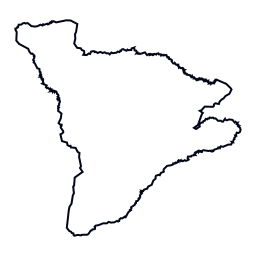 outline of Chum Ta Bong, Nakhon Sawan, Thailand
{"feature_id": "78962969B50351990269412", "entity_name": "Chum Ta Bong", "entity_type": "district", "adm_level": 2, "iso_a3": "THA", "parent_name": "Thailand", "parent_adm1": "Nakhon Sawan", "projection": "mercator", "projection_center": [99.574, 15.665], "detail": "fine", "context": "isolated", "style": "outline", "palette": "ink", "viewbox_px": 256, "rotation_deg": 0, "n_neighbors": 0, "source": "geoboundaries", "source_scale": "gbopen_adm2", "svg_char_len": 5695}
<svg xmlns="http://www.w3.org/2000/svg" viewBox="0 0 256 256"><path d="M190.0,75.2L186.8,74.7L186.9,73.9L186.4,73.6L184.5,73.6L183.9,72.4L184.4,72.1L183.9,71.5L184.4,71.5L183.9,70.5L184.6,69.9L183.3,69.8L182.9,69.1L183.5,69.4L183.4,68.5L182.6,67.9L180.5,68.1L179.4,67.0L178.9,67.5L178.5,65.6L178.2,66.0L177.5,65.4L177.7,64.7L176.1,64.7L174.9,63.1L174.7,63.7L173.2,63.4L171.6,61.3L172.0,60.3L170.9,59.3L169.6,59.2L169.3,58.3L168.8,58.5L168.7,57.8L168.1,57.6L168.5,57.2L166.9,56.6L166.4,55.0L164.5,55.3L163.9,54.8L163.1,55.5L162.0,54.8L161.1,55.5L160.7,54.3L158.9,54.4L158.4,53.4L156.5,53.8L156.2,54.5L154.4,53.9L153.6,54.0L153.4,54.8L152.4,54.4L152.3,54.9L151.0,54.2L150.9,54.7L149.6,55.1L149.6,54.0L149.1,53.9L147.0,55.1L145.0,52.4L140.3,53.9L139.1,53.4L138.8,53.9L137.2,53.5L137.3,52.8L136.6,53.1L136.9,52.6L136.2,50.7L134.6,50.4L134.3,48.5L133.5,48.1L133.8,47.7L131.6,48.4L131.3,50.0L127.5,50.2L127.3,49.8L126.4,50.7L123.0,49.1L121.7,49.6L121.0,50.9L120.3,50.7L119.5,52.1L117.6,51.6L116.5,52.7L112.8,53.2L111.4,52.5L109.7,54.4L108.5,53.3L106.4,53.3L104.6,52.3L102.6,53.0L100.3,51.9L97.7,53.0L96.1,52.0L94.8,52.1L94.8,51.5L93.9,51.1L91.2,51.5L90.0,54.0L88.7,53.5L86.6,55.1L83.3,54.8L84.3,53.2L84.0,50.9L81.8,50.0L80.8,48.3L77.1,47.8L74.2,43.5L75.3,38.7L75.0,34.1L76.0,32.3L77.3,24.0L70.7,20.5L66.3,20.3L56.1,22.4L53.7,21.2L51.6,22.6L51.5,21.5L49.5,22.9L49.6,23.5L49.0,24.0L47.8,24.4L47.3,23.7L44.1,24.8L43.1,24.3L42.5,25.5L40.4,24.7L37.7,26.1L35.2,26.6L31.4,26.1L27.7,23.1L25.5,23.5L24.7,23.0L22.9,23.3L21.3,24.6L18.7,24.7L18.1,27.0L17.5,26.8L16.6,28.4L15.4,28.6L15.5,30.0L16.7,32.0L16.3,40.6L19.1,43.9L28.2,48.8L29.4,51.7L31.2,53.8L32.3,53.6L34.4,55.6L34.5,56.4L33.9,56.6L34.3,57.9L33.1,60.0L34.2,60.9L33.6,62.4L34.9,63.4L37.3,68.3L39.4,68.9L39.7,71.9L40.5,72.1L40.7,73.1L40.1,74.1L40.9,74.6L40.3,75.2L41.1,75.2L41.2,76.4L40.4,76.9L41.3,77.0L41.1,77.5L42.4,78.5L41.8,78.9L42.7,79.4L42.4,79.8L43.1,80.0L42.9,81.4L43.5,82.9L42.3,83.6L46.7,85.5L45.9,87.2L47.0,88.2L47.9,87.8L49.5,89.4L50.2,88.6L50.7,89.5L51.7,89.3L52.0,90.3L50.8,91.2L52.4,91.0L52.8,92.0L53.7,90.6L54.6,91.0L54.8,91.9L55.3,91.2L56.4,91.6L57.0,93.9L58.1,94.5L58.5,95.9L57.6,96.8L59.0,97.9L57.3,99.0L58.2,100.3L59.4,99.7L60.0,101.8L59.0,103.8L59.2,104.9L58.1,106.1L58.1,106.9L59.0,107.4L58.0,108.7L58.4,109.4L58.1,110.8L61.5,113.6L60.8,118.3L58.6,123.1L60.3,124.7L61.6,124.7L61.6,125.9L60.8,126.4L60.7,127.5L63.1,131.0L63.3,132.1L62.3,133.4L60.4,134.3L62.0,141.1L67.0,142.6L67.5,145.2L69.3,146.0L70.5,145.8L70.9,147.4L75.6,147.9L77.7,151.9L79.5,153.0L79.1,156.9L81.0,166.3L80.0,168.0L82.6,171.9L74.7,177.6L74.1,185.6L73.2,186.5L73.9,193.2L72.8,195.5L71.5,203.7L69.5,206.8L68.8,210.2L66.8,227.8L69.2,230.9L71.2,231.9L71.8,233.0L73.4,233.4L73.7,235.3L74.3,235.7L77.7,234.9L81.0,235.4L81.7,234.8L87.2,234.7L88.5,233.9L90.7,230.6L91.8,230.4L92.3,229.5L94.8,229.1L95.1,227.4L94.6,226.8L95.7,225.6L98.4,225.2L103.2,223.3L106.9,223.3L108.6,221.9L111.1,222.6L114.4,222.3L117.0,220.9L118.2,221.5L119.2,221.0L119.4,219.4L120.9,218.2L122.2,218.4L124.5,216.8L125.0,217.2L125.4,216.6L125.8,216.9L128.2,212.4L130.3,210.5L130.1,210.0L130.9,210.0L130.7,209.4L131.4,208.7L131.1,207.3L134.8,204.8L135.2,203.3L135.9,203.2L136.2,201.2L137.5,201.0L139.1,199.0L138.7,198.4L139.8,197.8L140.2,196.8L139.9,195.4L141.2,194.0L140.8,193.2L141.6,193.1L140.9,192.0L141.8,191.9L141.5,191.3L141.9,191.5L142.2,190.8L143.3,191.0L144.1,189.6L147.3,188.6L148.0,186.7L151.7,184.8L153.3,180.6L155.6,178.6L155.6,176.4L156.1,175.7L158.8,174.8L159.8,175.2L160.9,172.9L163.8,171.7L163.5,170.0L164.2,168.7L167.1,165.9L171.6,165.1L173.0,164.4L173.2,163.4L174.5,163.6L175.2,162.8L175.5,163.3L177.1,162.6L177.8,161.3L178.6,161.8L178.8,160.3L180.1,160.8L180.8,160.3L180.9,161.1L182.2,160.7L182.9,161.2L184.7,160.2L185.6,160.8L187.4,160.4L188.7,159.6L187.6,158.1L187.9,156.6L191.1,156.5L191.4,155.8L194.2,155.2L194.1,154.7L194.8,154.8L194.3,154.3L195.2,154.7L195.1,153.5L196.0,152.9L195.4,152.4L197.8,151.1L197.6,151.8L198.6,151.2L198.8,152.1L199.7,151.0L200.6,151.0L200.4,151.5L201.4,152.1L202.0,151.9L202.0,151.0L203.3,150.2L208.7,151.0L210.0,150.6L211.8,151.6L212.7,151.3L212.6,150.6L213.5,150.9L214.1,149.7L218.2,148.4L218.2,147.5L219.6,147.3L220.0,147.9L220.8,146.3L223.0,146.8L228.2,144.6L231.2,144.5L232.0,142.6L232.8,142.5L232.0,141.8L233.0,141.8L233.7,139.5L234.5,139.1L234.2,138.0L235.5,136.7L235.1,135.5L236.2,135.6L236.0,134.9L236.7,132.7L238.3,133.0L239.9,132.0L240.6,129.8L240.0,127.8L238.3,126.4L238.9,126.0L238.0,125.8L238.3,124.7L236.8,124.2L237.7,122.7L236.5,122.9L235.6,121.8L234.7,122.6L232.5,119.9L229.2,119.4L226.9,120.3L225.5,119.8L225.0,118.8L223.1,121.6L222.1,121.7L220.8,120.7L218.0,120.8L215.6,118.4L213.8,118.4L213.0,117.6L211.3,117.9L209.6,117.5L209.1,118.5L207.8,118.5L207.3,119.3L205.7,118.9L204.9,120.7L203.3,121.2L202.8,122.5L201.3,122.6L200.3,123.3L199.3,124.8L199.8,126.5L196.1,129.0L194.0,127.8L198.0,124.9L201.8,114.3L202.8,112.9L199.8,110.8L201.5,110.2L204.7,106.6L213.0,106.8L213.8,106.1L214.0,104.4L215.3,103.3L218.9,104.0L219.6,101.6L221.7,99.5L223.5,98.5L225.5,96.0L229.4,93.8L231.5,89.5L230.7,88.2L226.3,83.9L216.4,79.6L215.6,79.7L216.0,80.4L215.4,80.7L215.0,80.2L215.2,81.0L214.4,81.0L214.2,81.7L214.9,82.0L214.1,83.3L211.7,82.4L212.5,83.2L211.6,83.1L211.0,83.8L210.9,83.3L210.0,83.4L210.1,82.8L208.8,83.4L209.0,82.6L208.1,82.8L208.5,82.5L207.8,82.0L208.2,81.9L208.3,80.6L205.6,81.2L205.8,80.3L204.6,80.8L204.9,79.8L204.4,80.0L203.7,79.0L203.8,79.6L203.1,79.2L203.0,79.9L202.5,79.2L201.4,79.4L201.3,78.6L200.2,79.1L200.4,78.6L199.4,78.1L198.2,78.8L198.4,79.7L197.0,80.2L196.8,79.3L196.0,79.5L195.8,78.7L194.1,78.5L194.6,78.0L194.2,77.3L192.4,77.0L192.0,75.9L191.2,77.0L190.0,75.2Z" fill="none" stroke="#020617" stroke-width="2"/></svg>